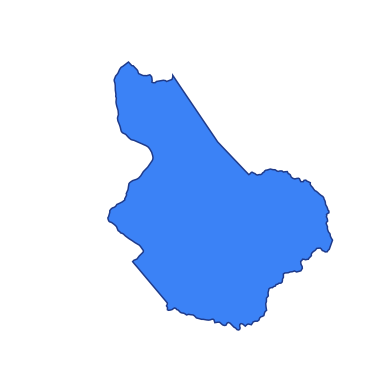 outline of Santa Maria da Boa Vista, Pernambuco, Brazil, rotated 139°
{"feature_id": "56859067B41266149437211", "entity_name": "Santa Maria da Boa Vista", "entity_type": "district", "adm_level": 2, "iso_a3": "BRA", "parent_name": "Brazil", "parent_adm1": "Pernambuco", "projection": "robinson", "projection_center": [-39.926, -8.695], "detail": "fine", "context": "isolated", "style": "filled", "palette": "blue", "viewbox_px": 384, "rotation_deg": 139, "n_neighbors": 0, "source": "geoboundaries", "source_scale": "gbopen_adm2", "svg_char_len": 4257}
<svg xmlns="http://www.w3.org/2000/svg" viewBox="0 0 384 384"><g transform="rotate(139 192 192)"><path d="M154.7,331.8L161.5,332.2L163.8,332.6L166.2,332.0L169.8,330.3L171.4,329.9L173.6,329.6L177.0,327.8L177.8,326.9L178.8,324.6L180.0,322.8L183.1,319.1L185.3,315.7L186.9,314.1L187.4,312.6L190.3,309.8L191.3,308.3L192.0,307.0L192.5,306.0L194.3,302.0L196.8,298.6L199.1,297.2L199.9,296.5L201.3,294.2L202.5,290.7L203.4,288.4L205.3,284.8L205.6,283.8L205.6,282.3L204.2,279.0L204.1,274.5L203.6,271.5L202.6,270.0L201.9,269.1L196.2,256.9L195.6,254.9L195.6,253.0L195.7,251.9L196.4,248.4L198.0,244.9L199.0,243.4L199.9,242.6L201.1,241.9L209.1,239.8L215.3,239.3L220.1,237.8L223.2,237.5L225.4,237.9L229.2,239.5L231.0,239.8L232.9,239.9L234.2,239.6L236.6,237.6L238.7,235.8L242.7,233.9L243.3,232.7L244.5,232.1L247.2,231.0L247.9,230.1L251.1,230.3L254.0,231.0L256.9,231.9L258.5,231.4L259.6,231.3L260.8,231.5L262.6,232.2L264.1,232.3L266.2,231.9L267.4,230.6L268.4,229.9L270.0,228.9L271.0,228.2L272.3,227.8L273.0,226.9L273.8,224.9L273.8,223.7L272.7,221.8L272.1,219.2L271.8,217.2L271.7,215.4L273.1,211.4L272.6,209.4L272.7,208.0L271.7,206.4L271.3,205.1L271.1,202.5L270.2,198.3L269.4,195.6L269.0,194.3L268.3,191.4L266.6,186.4L266.6,184.7L267.1,179.7L268.0,178.8L269.1,178.6L273.9,178.3L277.5,177.5L280.7,178.6L282.5,178.4L282.6,175.4L282.6,171.4L282.8,161.3L283.4,124.4L284.4,123.4L286.0,122.8L286.2,121.0L287.8,119.3L287.4,118.2L286.0,117.2L284.1,116.3L282.4,116.2L281.2,115.9L280.5,114.6L280.7,113.5L279.9,112.0L279.7,108.7L279.0,107.4L277.8,106.0L277.3,104.9L276.8,102.8L274.8,101.9L273.6,100.4L271.9,98.6L271.4,97.0L271.3,94.1L270.3,92.6L269.4,91.3L268.3,89.6L267.1,88.6L264.9,85.9L263.6,84.5L262.3,83.6L260.7,83.0L259.6,82.3L259.3,81.0L260.5,78.4L257.8,76.7L256.6,75.6L256.1,71.7L255.2,70.1L254.4,69.5L253.3,69.2L252.4,69.8L251.1,70.0L250.1,69.6L249.3,68.0L249.0,62.5L248.3,60.6L248.3,58.6L247.5,57.4L246.3,57.0L244.9,57.8L244.1,59.4L242.9,60.6L241.7,60.7L240.8,59.9L240.3,58.8L239.8,55.8L237.5,55.9L236.2,55.5L235.5,54.6L234.3,52.9L231.0,53.8L229.3,53.2L227.4,51.6L225.6,51.4L223.6,52.5L222.0,52.6L220.3,51.9L218.8,51.6L216.9,53.0L215.5,53.7L214.5,53.8L213.3,53.8L211.6,56.6L209.6,59.4L207.7,60.5L205.4,63.1L202.6,63.5L201.9,64.5L200.6,66.2L198.8,67.4L197.6,68.4L195.9,68.3L194.7,67.7L194.0,67.0L192.4,67.1L190.8,66.3L189.3,67.0L187.8,66.2L186.4,66.2L184.7,64.9L183.1,64.9L182.0,65.7L180.9,66.9L179.0,67.6L176.8,70.2L175.1,70.0L172.3,67.9L170.4,67.3L168.4,65.9L166.5,65.2L165.5,63.0L162.7,61.6L161.5,61.1L158.8,62.0L157.7,63.6L157.2,65.8L156.5,67.0L155.5,68.3L153.9,68.3L152.7,68.8L151.5,67.6L150.8,66.4L149.3,65.6L148.3,64.9L147.4,65.3L145.9,65.4L143.7,65.6L142.7,66.9L141.0,67.4L139.3,67.4L137.8,67.2L136.8,67.2L134.9,67.6L133.5,66.7L132.0,65.5L131.8,63.8L132.1,62.4L131.2,60.9L130.8,59.4L129.2,58.2L127.5,58.7L126.0,58.7L117.5,63.5L117.1,66.0L116.5,68.0L115.7,69.2L115.2,70.3L115.3,71.8L114.9,73.2L114.4,74.5L113.5,76.0L112.6,76.8L111.9,78.8L111.5,80.1L110.4,80.9L108.8,81.0L107.9,82.3L107.3,83.5L106.9,85.1L105.8,85.8L105.2,86.8L103.7,86.8L102.3,86.5L101.2,87.8L101.2,89.4L100.5,90.7L99.9,92.4L99.6,94.1L99.2,95.3L98.1,96.8L97.4,98.3L97.0,100.0L96.4,101.1L96.2,102.8L96.8,104.8L97.2,106.8L97.4,109.0L97.7,110.9L98.3,112.3L98.3,114.2L98.0,116.4L98.1,118.2L97.8,120.2L96.6,121.4L98.2,125.1L98.3,126.3L99.8,127.3L101.2,126.8L103.1,128.4L102.2,131.6L102.7,132.6L104.2,133.6L105.8,134.4L107.0,136.3L107.3,138.4L106.6,140.3L106.7,141.6L107.3,142.6L106.7,144.9L108.4,146.2L109.9,147.1L110.3,148.9L111.8,150.2L113.3,150.9L114.0,151.8L114.7,154.3L116.3,155.8L117.0,156.8L117.9,158.0L120.9,159.3L121.9,160.0L123.3,160.2L124.9,159.8L126.1,160.1L127.3,159.8L128.6,160.0L129.9,161.1L131.5,161.9L132.2,163.1L132.4,164.7L133.1,165.9L133.5,167.3L134.3,167.9L136.0,167.7L137.7,167.8L137.8,169.1L137.9,171.4L138.0,172.8L139.8,213.0L139.2,217.6L131.7,279.3L130.0,292.6L131.2,291.3L133.3,290.1L136.0,291.1L138.7,292.1L138.9,293.4L140.3,295.1L146.4,298.8L147.9,298.6L149.6,299.9L150.2,301.3L149.0,302.2L148.3,303.2L147.5,304.3L146.8,305.7L146.9,308.1L148.2,308.7L149.9,309.5L151.1,310.7L152.4,311.8L153.1,313.1L154.6,316.4L154.2,317.5L153.4,319.3L153.3,320.8L153.4,322.2L153.5,324.4L153.6,325.9L154.5,326.7L154.6,329.1L154.7,331.8Z" fill="#3b82f6" stroke="#1e3a8a" stroke-width="1.5"/></g></svg>